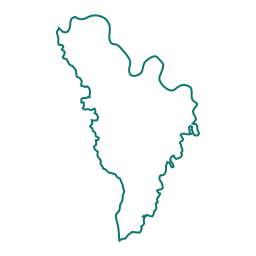 Barracão, Rio Grande do Sul, Brazil (Natural Earth projection)
{"feature_id": "56859067B37283122217619", "entity_name": "Barracão", "entity_type": "district", "adm_level": 2, "iso_a3": "BRA", "parent_name": "Brazil", "parent_adm1": "Rio Grande do Sul", "projection": "natural_earth1", "projection_center": [-51.435, -27.742], "detail": "fine", "context": "isolated", "style": "outline", "palette": "teal", "viewbox_px": 256, "rotation_deg": 0, "n_neighbors": 0, "source": "geoboundaries", "source_scale": "gbopen_adm2", "svg_char_len": 4008}
<svg xmlns="http://www.w3.org/2000/svg" viewBox="0 0 256 256"><path d="M75.1,16.9L72.5,17.9L71.2,19.3L70.4,22.1L70.3,24.6L70.0,26.7L69.2,29.5L67.4,31.9L64.8,32.4L62.6,31.7L61.4,30.6L60.2,29.4L58.8,28.0L58.1,29.9L57.1,31.4L57.0,33.2L57.7,35.8L58.5,38.8L58.2,41.4L58.5,44.5L60.7,45.0L62.4,45.3L63.4,46.7L61.8,49.6L63.9,51.0L64.8,52.4L64.2,54.7L62.7,57.2L64.1,58.7L66.2,58.8L67.3,60.4L68.2,62.4L69.2,64.1L70.7,65.4L72.6,66.0L74.2,68.2L75.8,70.0L76.0,71.7L76.3,74.1L76.9,76.8L79.9,78.1L81.0,79.8L81.9,81.5L81.3,83.7L81.2,85.7L83.2,86.1L85.4,87.2L87.0,86.3L88.4,87.2L89.6,89.4L90.1,92.2L89.6,95.0L89.6,97.3L87.9,97.1L85.7,98.2L83.2,97.9L81.4,99.1L81.4,102.5L83.8,102.5L83.9,106.2L82.7,108.2L84.8,109.7L88.2,109.0L90.9,110.2L94.5,108.6L95.5,111.7L94.7,113.2L96.6,114.1L98.1,117.3L97.1,120.3L93.8,120.6L91.7,120.2L92.4,123.4L90.1,126.4L92.3,128.5L92.9,130.9L95.2,132.7L95.8,136.2L98.8,137.9L98.1,139.9L95.8,140.2L96.1,142.3L96.2,144.7L94.0,146.5L94.5,148.8L96.1,150.5L97.8,151.7L97.5,153.8L97.5,156.0L98.6,157.8L99.7,158.9L100.7,160.5L100.6,162.7L100.8,164.6L102.5,166.4L103.2,168.7L104.9,169.0L106.4,170.3L107.8,171.8L109.4,172.8L111.3,173.0L113.5,173.7L115.6,174.5L116.4,176.2L117.9,177.7L120.0,178.6L120.9,180.9L121.6,182.6L122.6,184.7L123.3,188.2L124.2,191.7L122.7,195.7L122.6,199.0L121.9,201.8L120.6,203.9L120.0,205.5L119.8,208.3L119.2,210.9L117.6,212.5L115.9,214.9L116.1,217.7L116.5,220.0L117.2,222.3L117.7,224.9L118.2,227.2L118.5,229.0L118.6,231.2L118.9,233.5L119.0,235.9L119.1,238.2L119.4,240.6L121.0,239.6L122.8,238.6L125.0,238.7L126.8,236.7L128.4,234.7L130.2,233.5L132.1,232.0L134.5,232.2L137.3,232.5L139.7,232.6L141.0,230.6L141.8,228.4L141.1,226.7L143.3,224.9L144.3,223.2L143.8,221.4L143.8,219.4L144.5,217.9L142.9,216.5L144.2,215.6L145.8,216.2L146.8,214.8L148.7,215.5L150.3,216.2L152.3,216.4L153.8,213.8L153.9,211.4L155.5,210.2L156.4,207.9L156.1,206.0L155.8,203.5L157.7,202.2L157.1,200.0L157.4,197.8L158.9,196.3L160.2,193.6L158.0,192.4L157.0,190.6L159.1,189.6L161.0,189.5L162.7,188.2L162.5,185.1L161.7,182.9L160.5,181.2L159.4,178.8L159.6,176.5L160.9,175.1L162.7,175.3L164.5,174.2L165.4,172.4L166.1,169.6L165.9,166.4L166.5,164.5L167.2,162.1L169.4,162.7L170.7,165.6L171.8,167.3L173.3,167.0L173.4,165.2L171.9,162.5L170.2,160.3L170.8,157.8L172.2,156.2L173.7,155.6L174.8,158.0L176.3,158.9L178.5,158.3L181.0,157.0L182.1,154.4L181.0,152.6L182.4,151.1L182.4,149.3L181.4,147.1L181.0,144.9L179.8,142.9L180.8,141.6L182.4,140.9L183.1,139.0L181.4,136.5L180.7,134.6L182.6,133.6L184.9,133.8L186.9,134.3L188.9,134.4L191.2,133.9L189.6,132.3L189.6,129.9L188.9,127.8L190.0,126.2L192.0,126.8L191.9,129.8L192.9,132.3L193.6,133.8L194.6,135.2L196.9,135.6L198.4,134.8L199.0,133.1L197.9,131.1L197.3,128.3L197.1,125.8L195.9,124.1L194.4,124.0L192.6,123.7L194.5,121.5L196.0,119.6L195.6,117.9L195.1,116.2L193.7,114.3L193.0,111.2L193.7,109.3L195.2,107.4L196.6,105.6L197.1,103.9L195.8,102.5L193.8,101.3L192.4,99.5L191.7,97.0L191.6,94.6L191.7,92.5L191.5,89.9L190.6,87.5L188.9,86.3L187.2,85.7L185.7,85.2L184.2,84.9L182.2,85.0L180.3,85.8L178.6,86.6L177.1,87.6L175.4,88.9L173.8,90.1L172.1,90.5L170.4,90.3L168.7,89.8L166.6,88.6L164.4,86.9L162.7,85.2L161.5,83.8L160.6,82.4L159.6,80.2L159.3,77.8L159.8,76.0L160.7,73.9L161.5,71.7L162.5,69.4L163.0,67.5L163.2,64.5L162.1,62.3L160.4,60.7L159.0,59.0L157.8,57.7L156.4,56.6L154.6,56.2L152.4,56.9L150.8,57.5L149.0,58.7L147.6,59.7L145.8,61.1L144.3,63.3L143.4,65.5L143.0,67.1L142.6,69.3L141.9,71.3L140.7,73.2L139.1,74.6L135.0,75.9L132.8,75.8L130.5,74.8L129.5,73.0L129.2,71.0L129.1,69.1L129.5,67.1L130.0,64.9L130.2,63.2L130.2,61.0L129.3,59.3L128.4,57.5L127.3,55.8L125.9,53.8L124.6,52.4L123.0,50.6L121.6,49.0L120.0,47.2L118.2,45.5L116.6,44.6L114.5,44.3L112.7,44.0L110.9,42.9L109.6,40.2L109.3,37.6L109.3,35.6L109.6,33.3L109.8,30.2L109.8,27.9L109.6,25.9L109.1,24.1L108.1,22.3L106.8,20.2L105.5,18.9L104.2,18.0L102.2,17.0L100.2,16.2L97.5,15.5L95.5,15.4L93.4,15.5L91.6,15.8L90.1,16.2L87.8,17.2L86.0,18.1L84.2,18.8L82.1,19.3L80.1,19.2L77.3,18.3L75.1,16.9Z" fill="none" stroke="#0f766e" stroke-width="2"/></svg>